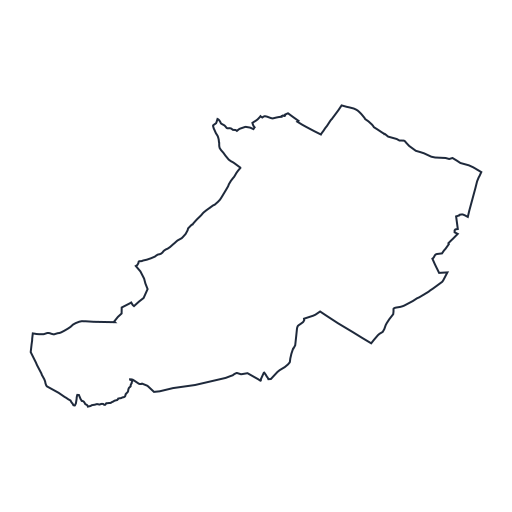 the district of Balaceana, Suceava, Romania
{"feature_id": "2599482B81871248350111", "entity_name": "Balaceana", "entity_type": "district", "adm_level": 2, "iso_a3": "ROU", "parent_name": "Romania", "parent_adm1": "Suceava", "projection": "natural_earth1", "projection_center": [26.038, 47.646], "detail": "fine", "context": "isolated", "style": "outline", "palette": "slate", "viewbox_px": 512, "rotation_deg": 0, "n_neighbors": 0, "source": "geoboundaries", "source_scale": "gbopen_adm2", "svg_char_len": 6031}
<svg xmlns="http://www.w3.org/2000/svg" viewBox="0 0 512 512"><path d="M447.4,272.4L439.1,272.9L437.5,269.6L436.4,267.4L434.8,264.1L432.4,258.7L433.2,258.1L434.0,257.0L434.6,255.8L435.2,254.9L436.2,254.2L437.0,254.0L442.0,253.4L443.9,250.6L445.5,248.8L448.8,244.2L448.4,243.2L451.8,239.8L452.7,239.0L457.7,233.9L454.6,232.3L454.6,230.4L455.4,229.4L457.8,229.0L456.1,216.4L459.3,215.4L459.5,214.8L460.5,214.6L462.2,214.4L463.1,214.6L464.8,215.3L467.8,216.9L469.3,210.6L475.4,188.1L477.1,181.3L478.7,177.4L479.5,176.0L481.3,172.1L473.2,167.3L468.8,165.3L460.4,163.0L457.1,160.8L452.5,158.0L449.2,159.0L445.6,158.0L435.1,157.5L431.3,156.7L424.0,153.3L420.3,152.1L415.8,150.8L409.1,145.9L406.4,143.0L404.9,141.2L403.8,140.6L399.4,140.5L396.7,139.0L388.1,136.6L385.7,134.6L385.1,134.1L384.3,134.2L384.0,133.6L382.8,133.0L377.1,129.2L373.9,127.2L373.0,125.8L372.0,124.6L368.5,121.4L365.2,119.1L364.5,117.9L362.3,115.2L361.1,113.8L359.3,112.0L357.6,110.5L355.9,109.5L353.7,108.5L349.4,107.4L346.6,106.8L341.6,105.4L338.4,110.2L335.2,114.5L333.5,116.8L333.0,117.4L331.9,119.0L331.3,119.5L330.3,120.8L327.0,125.9L325.3,128.0L324.1,129.8L323.6,130.6L321.5,133.4L320.9,134.5L314.3,131.2L306.0,126.8L302.2,124.7L297.3,121.7L298.4,120.8L293.2,117.1L288.0,113.3L285.0,114.6L284.7,115.0L285.1,115.4L285.1,115.6L284.7,115.9L284.5,116.0L283.8,115.9L283.2,115.5L282.8,115.5L282.2,115.9L281.8,116.0L281.6,116.1L281.6,116.8L280.0,116.9L278.5,117.1L276.5,117.5L272.8,118.4L272.3,118.4L270.7,118.0L266.9,116.6L265.4,116.3L265.0,116.2L264.3,116.3L263.7,116.6L263.1,116.9L262.3,117.5L261.0,116.7L260.5,116.2L259.9,117.0L257.6,119.4L255.7,120.8L253.7,122.0L252.4,122.9L253.0,124.8L253.5,125.9L254.6,127.3L254.3,127.6L254.1,128.1L253.4,129.1L250.1,127.6L246.0,126.9L245.5,126.9L244.9,127.0L240.8,128.4L239.7,128.8L238.6,129.5L236.9,130.9L236.1,130.3L235.5,130.0L233.5,129.9L232.8,129.8L231.3,128.6L230.7,128.4L229.7,128.2L227.7,128.3L226.9,128.1L226.6,127.9L225.4,126.4L224.4,125.4L221.3,123.7L220.9,123.3L220.1,121.6L219.2,120.3L218.3,119.4L217.5,119.0L216.6,121.9L216.1,123.2L213.4,125.1L213.1,125.5L213.1,126.2L213.8,128.6L214.3,129.6L215.9,133.2L217.0,134.9L217.8,136.3L218.1,137.3L218.3,137.9L218.7,139.5L219.0,142.3L219.2,142.7L219.2,145.1L219.3,146.4L219.7,148.1L221.1,150.2L223.4,152.8L225.4,155.6L228.7,159.6L230.9,161.2L231.8,161.7L232.5,162.0L234.2,163.1L240.3,167.6L240.4,167.9L238.1,170.6L236.5,172.8L234.7,175.9L234.0,177.0L233.1,178.0L231.0,180.7L228.9,184.2L228.1,186.3L226.0,189.9L221.3,197.7L219.9,199.8L219.3,200.4L218.0,201.8L214.6,204.8L214.0,205.0L213.1,205.4L206.3,210.3L203.7,212.4L202.8,213.3L201.3,215.1L199.8,216.6L197.2,219.1L195.8,220.6L193.4,223.3L192.5,224.6L191.7,224.7L188.1,228.4L187.6,230.3L185.6,234.0L182.9,237.0L181.7,238.2L177.5,240.5L176.1,241.7L174.7,243.0L174.1,243.5L173.0,244.4L170.1,247.0L167.6,248.7L166.1,249.3L164.5,250.3L164.0,250.7L163.2,251.5L162.5,252.5L161.0,253.7L159.7,254.2L158.1,254.5L157.6,254.7L156.3,255.5L154.9,256.6L150.9,258.3L149.4,258.8L146.8,259.7L143.6,260.4L142.6,260.7L141.8,261.1L140.6,261.2L139.7,261.2L139.1,261.3L138.7,261.7L138.5,262.2L138.4,263.1L137.5,264.7L137.1,265.2L135.8,266.0L140.4,271.4L144.1,278.6L145.4,283.5L147.6,289.1L143.6,298.0L139.1,301.5L134.0,306.1L132.8,305.1L132.4,304.5L131.2,302.5L130.1,303.2L126.6,305.0L121.7,307.5L121.6,313.5L117.9,316.9L114.2,321.5L114.9,322.2L93.7,321.8L86.2,321.3L81.7,321.2L79.3,321.7L75.7,323.1L73.0,324.6L70.5,326.9L67.8,328.7L64.2,330.8L61.3,332.3L60.3,332.7L59.4,333.0L57.7,333.2L54.8,334.1L54.2,334.3L53.4,334.3L51.4,333.8L49.8,333.2L48.6,333.0L47.5,333.0L47.0,333.1L44.3,334.0L43.6,334.2L42.5,334.2L39.1,334.2L36.4,334.0L34.8,333.7L32.8,333.4L32.7,334.3L32.2,338.6L32.1,340.7L31.6,344.2L30.7,352.1L35.9,362.5L37.0,365.1L41.4,373.5L41.9,375.0L42.6,376.2L44.3,379.3L45.1,381.4L45.5,383.4L46.1,385.1L46.8,386.3L58.6,392.8L64.7,397.0L66.0,397.7L68.3,399.3L70.5,400.5L71.2,401.9L72.0,403.0L72.5,403.5L73.4,405.2L74.4,405.5L74.9,405.4L75.9,403.3L76.6,399.0L76.7,397.4L77.0,395.9L77.3,394.9L77.5,394.9L78.9,395.0L80.6,399.1L81.3,400.1L81.7,400.9L82.5,401.0L83.2,401.3L83.8,401.7L84.6,402.8L85.2,404.0L85.6,404.3L86.7,404.8L87.3,405.4L87.7,406.0L87.9,406.6L90.5,406.0L91.8,405.2L93.5,404.9L94.3,404.8L95.2,404.6L96.1,404.3L97.0,404.1L97.8,404.2L99.1,404.5L99.8,404.5L100.7,404.1L101.7,403.9L102.3,403.9L103.2,404.0L104.2,404.8L105.1,404.8L105.6,404.3L106.1,403.4L106.6,403.2L107.7,403.2L108.9,403.0L110.2,403.0L110.9,402.8L111.5,402.3L113.3,401.5L114.5,400.7L117.2,400.0L118.1,399.0L118.2,398.6L119.5,398.3L120.7,398.2L121.6,397.9L122.4,397.4L123.3,397.3L124.2,397.0L124.8,396.6L125.2,396.1L125.7,394.1L126.2,393.7L126.4,393.3L127.3,392.5L127.8,391.8L128.1,391.1L128.3,389.7L128.7,388.4L129.2,387.6L130.3,386.7L130.6,386.4L130.7,385.0L131.1,384.1L131.7,383.2L131.7,382.4L132.4,380.9L132.3,380.3L131.3,380.0L130.3,379.9L130.1,379.7L130.1,379.3L131.6,379.4L132.7,379.7L133.9,380.4L138.8,383.7L139.8,384.0L141.3,384.0L142.0,383.6L147.0,385.6L147.8,386.1L154.0,391.9L159.7,391.3L173.0,388.1L195.1,385.0L225.7,377.9L230.4,376.1L232.7,375.3L234.4,374.0L236.6,373.0L237.0,373.0L240.8,374.2L241.6,374.2L247.5,373.2L258.3,379.3L260.4,380.7L260.8,380.5L261.0,378.9L263.8,372.8L264.2,372.6L264.9,373.5L265.8,374.8L266.9,376.7L267.6,377.5L268.4,379.2L270.9,379.0L277.4,372.0L279.6,370.2L284.9,367.0L288.0,364.4L289.7,362.4L289.9,361.7L290.3,358.5L290.9,355.9L291.4,353.7L293.1,348.6L293.4,348.6L295.2,345.3L296.2,336.2L296.8,330.4L297.0,328.5L297.2,327.6L297.6,326.4L298.0,325.8L298.7,325.2L300.9,323.7L302.8,322.3L303.3,321.8L304.2,320.2L304.0,318.7L313.2,315.7L315.4,314.7L320.1,311.5L325.5,315.1L337.9,323.2L353.1,332.3L362.0,337.8L371.2,343.3L373.8,340.0L377.9,335.2L378.7,334.5L379.5,333.8L382.7,331.9L383.5,330.5L384.3,329.1L385.7,325.1L386.7,323.2L389.3,319.2L393.2,314.2L393.5,311.6L393.5,308.9L393.9,308.4L394.5,308.0L395.9,307.6L400.3,306.9L402.7,306.2L404.2,305.6L412.9,301.0L417.0,298.3L419.1,297.4L428.6,291.7L430.2,290.4L432.8,288.7L441.8,282.1L442.3,281.7L443.2,280.4L447.4,272.4Z" fill="none" stroke="#1e293b" stroke-width="2"/></svg>